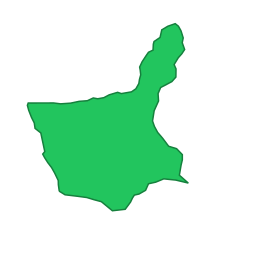 Mandria Pafou, Paphos, Cyprus (Robinson projection), rotated 335°
{"feature_id": "46923920B21655614517489", "entity_name": "Mandria Pafou", "entity_type": "district", "adm_level": 2, "iso_a3": "CYP", "parent_name": "Cyprus", "parent_adm1": "Paphos", "projection": "robinson", "projection_center": [32.541, 34.713], "detail": "fine", "context": "isolated", "style": "filled", "palette": "green", "viewbox_px": 256, "rotation_deg": 335, "n_neighbors": 0, "source": "geoboundaries", "source_scale": "gbopen_adm2", "svg_char_len": 1198}
<svg xmlns="http://www.w3.org/2000/svg" viewBox="0 0 256 256"><g transform="rotate(335 128 128)"><path d="M38.9,156.1L42.7,161.9L53.0,168.3L61.3,173.6L67.1,178.8L72.7,183.5L78.9,196.4L91.1,200.5L99.0,196.2L102.5,193.3L105.4,191.5L110.1,192.5L117.6,191.9L123.0,187.2L130.2,188.8L138.9,189.2L149.3,195.4L159.4,203.4L159.2,203.0L154.6,192.5L160.4,184.1L163.8,179.8L166.0,175.1L163.3,167.3L157.1,161.7L155.1,152.1L153.0,144.5L152.6,137.7L153.2,132.0L159.0,123.4L167.1,116.4L169.8,109.5L174.7,105.1L187.3,104.5L192.9,102.1L196.5,94.7L196.5,93.9L196.6,90.0L203.2,85.6L208.1,83.5L212.5,80.8L213.2,73.6L216.1,69.7L216.9,63.9L217.1,62.0L216.7,57.0L214.9,53.4L209.1,52.8L207.1,52.6L200.1,53.3L195.3,59.5L188.2,60.6L186.4,62.7L183.6,68.0L178.6,68.0L175.0,70.1L168.7,74.0L164.3,77.7L163.5,80.8L162.0,85.2L159.0,88.7L156.6,92.3L151.7,95.8L146.4,96.7L136.5,94.0L133.7,91.3L125.0,90.0L118.9,90.3L112.9,88.7L109.2,86.1L102.7,86.1L95.0,83.2L86.4,81.2L77.1,77.6L71.2,73.9L48.1,63.2L46.4,64.9L45.5,69.9L45.0,77.7L45.2,83.7L43.6,89.1L46.9,95.6L42.6,114.2L39.7,115.6L39.9,119.6L40.7,125.6L42.0,131.5L42.5,137.8L42.6,146.1L40.9,150.0L39.0,156.2L38.9,156.1Z" fill="#22c55e" stroke="#15803d" stroke-width="1.5"/></g></svg>